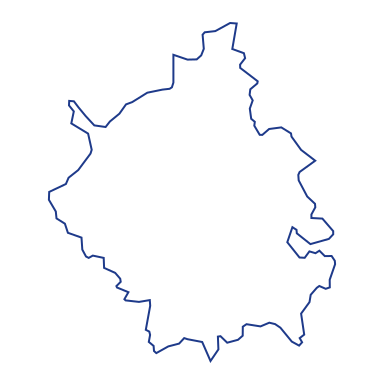 Cambridgeshire, Mercator projection
{"feature_id": "GBR-2053", "entity_name": "Cambridgeshire", "entity_type": "Administrative County", "adm_level": 1, "iso_a3": "GBR", "parent_name": "United Kingdom", "parent_adm1": "", "projection": "mercator", "projection_center": [0.071, 52.364], "detail": "fine", "context": "isolated", "style": "outline", "palette": "blue", "viewbox_px": 384, "rotation_deg": 0, "n_neighbors": 0, "source": "natural_earth", "source_scale": "10m", "svg_char_len": 1829}
<svg xmlns="http://www.w3.org/2000/svg" viewBox="0 0 384 384"><path d="M156.3,353.1L154.0,351.0L153.6,345.9L148.8,341.9L150.1,334.9L149.3,331.6L145.8,329.8L150.2,305.8L149.8,300.1L139.0,301.9L125.6,300.4L124.4,299.2L128.4,292.2L117.0,287.5L116.4,286.1L120.7,281.8L120.2,278.7L115.2,272.9L104.1,267.9L103.7,257.9L92.8,255.6L88.7,257.9L86.0,256.5L82.3,249.6L81.5,237.6L67.9,232.8L64.9,223.7L56.5,218.4L55.8,211.5L48.9,199.8L49.2,191.9L65.9,184.0L68.6,177.7L78.2,170.1L90.5,153.6L91.7,149.8L88.1,133.6L71.3,123.4L73.8,111.4L69.0,105.4L69.2,100.9L73.9,101.3L78.6,107.5L85.7,116.1L94.3,125.4L105.6,127.0L109.9,121.5L119.4,113.7L126.0,104.4L132.2,102.1L147.3,92.7L162.5,89.6L169.6,88.8L171.9,87.3L173.4,82.6L173.4,73.2L173.4,54.8L187.5,59.6L196.7,59.4L201.2,55.4L203.8,48.8L202.6,34.7L204.7,32.3L215.3,31.1L230.1,23.0L236.7,23.5L232.3,49.0L243.9,53.2L245.1,58.2L240.1,64.6L240.2,67.9L257.7,81.3L257.3,83.4L250.3,89.3L249.6,94.9L252.7,100.4L249.8,108.6L251.2,118.8L254.8,121.8L254.3,125.7L259.7,134.8L262.3,134.9L269.1,129.0L281.3,127.4L291.0,133.4L291.5,136.6L301.1,149.9L315.2,160.7L299.6,172.0L298.3,174.9L298.7,180.4L307.2,196.5L315.0,203.8L315.3,207.3L311.4,214.5L311.4,218.0L322.4,218.6L333.2,231.1L333.2,234.3L328.9,238.9L310.4,244.1L296.8,233.3L296.5,229.8L292.4,227.2L287.3,242.2L299.5,257.5L304.7,257.8L309.4,251.4L315.5,253.2L319.4,250.7L324.8,256.1L331.6,256.0L334.8,260.8L335.1,264.2L329.7,279.8L329.8,287.4L325.7,288.8L319.3,286.0L316.8,287.8L310.7,294.8L309.5,302.1L301.1,313.6L304.2,334.6L299.7,338.1L302.1,342.3L299.1,345.6L291.8,341.6L280.4,327.7L275.1,324.1L269.3,322.7L260.5,326.4L246.5,324.2L242.8,326.7L242.7,335.7L238.0,339.8L227.2,342.7L220.5,336.2L217.9,336.6L218.4,349.4L210.5,361.0L202.2,342.0L187.5,339.2L184.2,338.1L179.1,343.6L168.3,346.4L156.3,353.1Z" fill="none" stroke="#1e3a8a" stroke-width="2"/></svg>